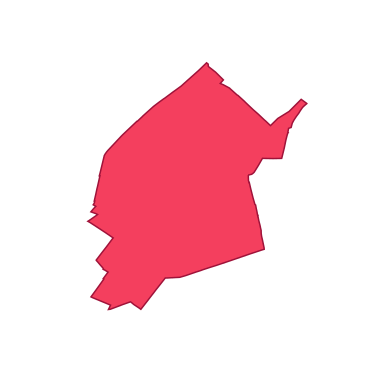 Auce, Auces, Latvia (Equal Earth projection), rotated 320°
{"feature_id": "27541924B35234927620739", "entity_name": "Auce", "entity_type": "district", "adm_level": 2, "iso_a3": "LVA", "parent_name": "Latvia", "parent_adm1": "Auces", "projection": "equal_earth", "projection_center": [22.905, 56.46], "detail": "fine", "context": "isolated", "style": "filled", "palette": "rose", "viewbox_px": 384, "rotation_deg": 320, "n_neighbors": 0, "source": "geoboundaries", "source_scale": "gbopen_adm2", "svg_char_len": 2655}
<svg xmlns="http://www.w3.org/2000/svg" viewBox="0 0 384 384"><g transform="rotate(320 192 192)"><path d="M309.4,206.3L313.1,203.7L316.4,202.4L320.8,201.1L324.3,200.3L327.0,199.4L327.3,199.3L329.9,198.6L331.0,198.3L332.3,198.2L334.1,198.1L336.8,198.1L336.8,197.7L335.2,191.2L318.2,192.7L305.0,190.8L294.8,191.6L294.0,184.6L293.8,183.6L292.8,174.9L291.8,168.5L291.0,161.7L290.7,159.0L290.5,157.0L290.5,156.5L289.3,147.6L288.9,146.6L287.6,137.3L287.6,136.8L287.4,136.1L287.3,135.9L284.9,129.9L283.4,127.0L288.1,126.3L287.1,115.3L285.2,106.4L286.6,104.4L286.2,102.4L274.5,103.2L274.0,103.2L260.2,103.6L251.9,103.9L243.2,103.3L242.3,103.2L231.6,102.6L230.0,102.4L224.1,102.0L217.5,101.7L203.1,102.2L202.4,102.3L195.5,102.7L195.3,102.4L185.4,103.0L175.6,103.6L173.4,103.8L155.0,106.0L152.5,106.4L150.6,106.9L150.2,107.0L149.8,107.1L149.6,107.2L149.4,107.3L148.9,107.5L148.4,107.6L140.8,113.2L133.2,118.8L132.3,119.4L131.4,120.0L131.9,120.4L123.9,126.5L123.1,127.1L121.3,128.4L117.1,131.7L115.9,132.6L111.3,136.1L111.7,136.4L110.0,137.7L108.1,138.3L109.1,141.1L105.7,141.5L101.8,142.2L103.7,145.5L104.5,146.9L105.2,148.5L104.4,148.5L103.9,148.5L94.9,147.7L93.4,147.5L93.9,148.8L94.3,149.9L98.7,164.5L99.1,165.9L99.3,166.5L102.1,176.5L101.0,176.7L91.2,179.0L83.7,180.6L74.8,182.6L74.7,183.2L74.8,184.6L74.8,188.8L74.9,192.4L74.9,192.5L74.8,193.7L74.6,194.2L74.3,194.2L74.4,194.5L74.9,195.5L75.2,196.4L76.2,199.4L68.3,201.3L68.5,202.0L64.4,203.1L55.4,205.4L47.2,207.4L47.8,208.8L48.8,210.7L50.0,213.1L50.6,214.1L51.8,216.5L53.9,220.5L55.7,224.0L56.9,226.3L52.5,228.3L53.3,228.8L54.0,229.3L67.2,233.9L67.4,234.0L74.3,236.6L74.6,237.9L75.1,240.8L76.9,246.9L77.4,249.0L88.2,246.7L92.2,245.8L98.7,244.4L102.2,243.6L105.7,242.9L110.5,241.9L116.2,240.7L116.7,241.1L117.3,241.6L119.2,243.0L121.2,244.5L122.2,245.3L123.2,246.0L124.5,247.0L127.8,249.5L133.5,252.0L143.4,255.8L145.8,256.8L148.3,257.8L150.3,258.5L157.3,261.3L159.7,262.3L163.3,263.8L177.3,269.3L178.9,269.9L195.6,276.3L200.1,278.1L208.2,281.3L210.5,282.3L211.4,281.0L214.5,275.2L215.0,274.3L215.3,273.7L216.9,270.6L218.4,268.2L220.3,265.8L221.6,263.2L221.8,262.9L222.8,261.0L224.7,257.0L226.3,254.1L226.9,253.0L227.0,252.9L226.8,252.9L227.8,251.1L229.4,248.3L230.7,245.8L232.4,242.8L232.2,242.0L234.9,235.9L238.9,227.6L242.0,221.5L241.7,221.4L242.7,219.4L245.7,215.6L246.2,215.6L246.4,215.4L247.0,215.7L249.1,216.8L250.6,216.9L251.3,216.9L252.4,216.8L260.0,214.3L267.6,211.5L267.8,211.7L275.6,218.5L282.3,223.9L282.9,223.5L291.1,217.5L297.4,212.5L301.6,209.5L302.7,208.8L303.4,208.5L303.2,208.4L305.5,206.5L306.6,205.6L306.9,205.3L309.4,206.3Z" fill="#f43f5e" stroke="#9f1239" stroke-width="1.5"/></g></svg>